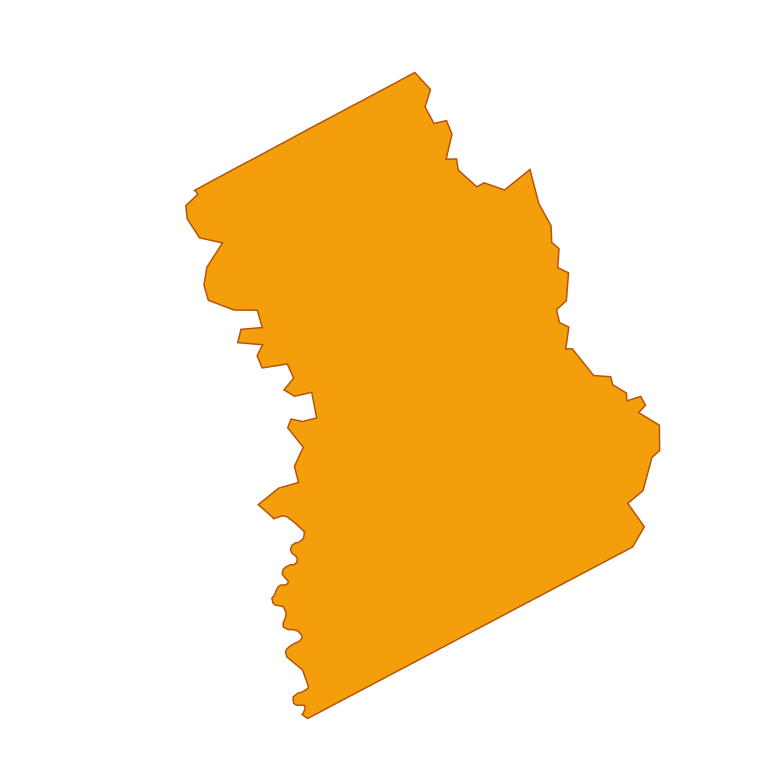 the district of Bowie, Texas, United States of America, rotated 242°
{"feature_id": "52423323B35633344294937", "entity_name": "Bowie", "entity_type": "district", "adm_level": 2, "iso_a3": "USA", "parent_name": "United States of America", "parent_adm1": "Texas", "projection": "equal_earth", "projection_center": [-94.429, 33.475], "detail": "fine", "context": "isolated", "style": "filled", "palette": "amber", "viewbox_px": 768, "rotation_deg": 242, "n_neighbors": 0, "source": "geoboundaries", "source_scale": "gbopen_adm2", "svg_char_len": 2055}
<svg xmlns="http://www.w3.org/2000/svg" viewBox="0 0 768 768"><g transform="rotate(242 384 384)"><path d="M193.4,586.1L195.8,596.1L218.3,607.8L239.2,595.4L242.5,604.9L252.5,604.8L255.1,590.5L262.2,593.8L276.0,585.6L284.0,587.6L293.0,573.1L326.8,566.7L329.6,561.0L347.5,573.9L355.8,567.8L368.6,571.2L371.9,584.1L395.5,599.1L405.2,592.0L421.2,602.0L430.3,598.6L445.4,605.8L470.8,605.4L504.9,613.6L498.7,581.6L514.6,566.8L514.6,558.5L538.0,550.0L548.7,553.7L553.3,544.4L572.7,561.3L587.2,562.9L590.6,550.4L609.3,550.3L622.2,563.3L644.6,557.4L644.5,525.4L644.5,508.9L644.5,504.2L644.4,497.7L644.6,485.4L644.5,479.0L644.5,471.0L644.5,437.2L644.4,426.6L644.4,421.9L644.2,388.0L644.1,367.6L644.2,367.4L644.3,365.6L644.0,317.2L643.9,308.3L643.9,307.5L642.0,308.4L638.9,308.6L634.5,292.7L622.3,287.8L599.7,289.7L584.4,307.6L570.3,282.5L556.0,271.5L540.4,268.2L519.7,286.3L508.6,306.8L491.0,303.0L499.4,283.4L489.2,274.2L475.7,295.2L468.5,285.2L455.4,283.9L447.1,308.0L431.6,307.0L425.8,292.9L415.2,299.3L410.6,316.3L385.7,308.6L389.1,294.5L396.7,285.5L390.6,278.4L366.1,283.0L353.4,266.3L337.2,262.3L341.5,242.1L336.5,216.3L320.1,222.5L316.7,223.4L315.5,232.2L312.6,235.9L302.9,240.3L291.0,244.3L286.9,241.7L284.9,239.1L284.3,233.7L285.3,231.4L284.7,226.8L281.7,223.6L277.5,223.3L273.9,225.3L270.0,225.3L267.4,223.0L266.7,219.3L268.4,216.8L268.5,211.2L267.8,208.1L264.1,204.9L258.5,205.8L255.5,206.9L254.0,206.6L252.9,204.6L253.1,202.0L255.0,198.3L254.6,195.4L252.4,192.0L249.4,188.5L247.5,184.4L242.3,183.1L239.5,184.5L237.1,187.9L234.7,190.5L230.1,190.5L226.9,189.7L223.9,187.1L220.0,182.5L216.7,181.0L212.0,184.2L209.8,188.5L206.3,192.0L200.7,193.4L198.3,192.5L196.6,188.5L197.0,181.6L196.6,177.6L195.7,174.1L193.8,171.3L188.7,170.1L169.7,177.8L152.7,175.3L151.0,174.0L150.6,170.6L150.6,166.2L151.5,162.8L150.4,156.9L147.5,155.3L144.5,154.4L142.4,155.3L140.7,156.9L139.5,160.0L137.6,162.8L134.6,162.2L131.1,157.8L130.7,156.5L124.5,159.5L123.4,527.0L135.7,546.8L164.2,543.2L168.2,562.6L193.4,586.1Z" fill="#f59e0b" stroke="#b45309" stroke-width="1.5"/></g></svg>